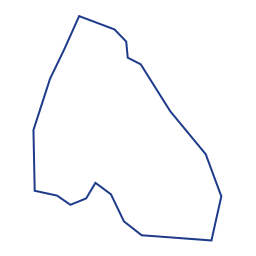 SVG path tracing the border of Budaka, rotated 271°
{"feature_id": "UGA-5594", "entity_name": "Budaka", "entity_type": "County", "adm_level": 1, "iso_a3": "UGA", "parent_name": "Uganda", "parent_adm1": "", "projection": "orthographic", "projection_center": [33.979, 1.049], "detail": "fine", "context": "isolated", "style": "outline", "palette": "blue", "viewbox_px": 256, "rotation_deg": 271, "n_neighbors": 0, "source": "natural_earth", "source_scale": "10m", "svg_char_len": 398}
<svg xmlns="http://www.w3.org/2000/svg" viewBox="0 0 256 256"><g transform="rotate(271 128 128)"><path d="M239.0,77.2L226.3,112.8L214.4,124.7L198.3,126.5L191.9,139.6L145.4,170.0L103.1,206.2L61.3,222.5L17.0,213.4L21.0,143.5L34.5,125.6L61.4,112.1L72.6,96.4L56.9,87.4L50.2,71.7L59.2,58.2L63.6,35.8L124.3,33.5L175.9,49.2L205.1,62.7L239.0,77.2Z" fill="none" stroke="#1e3a8a" stroke-width="2"/></g></svg>